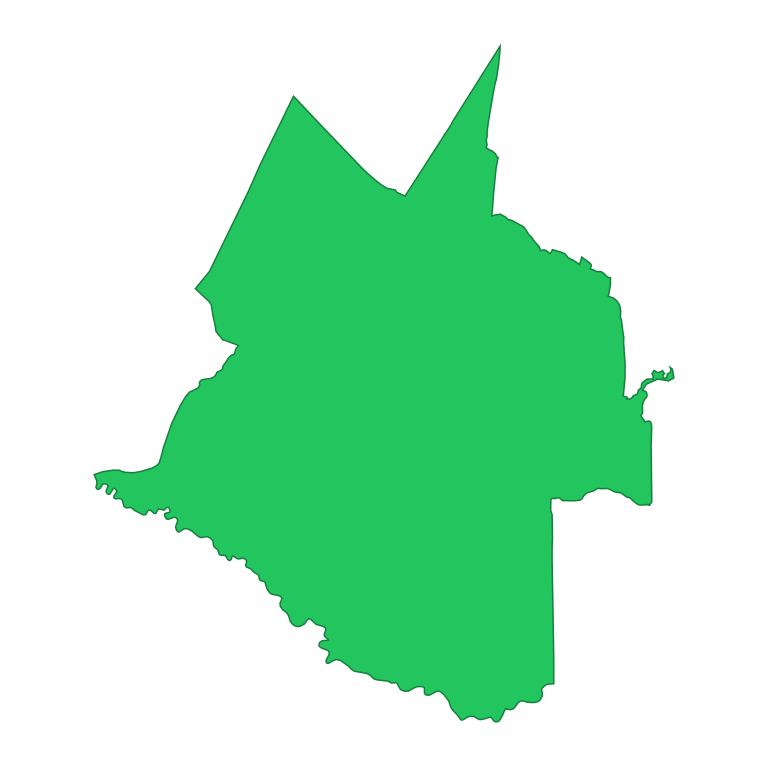 Milagro, Guayas, Ecuador (Albers equal-area conic projection)
{"feature_id": "8360857B82263990527647", "entity_name": "Milagro", "entity_type": "district", "adm_level": 2, "iso_a3": "ECU", "parent_name": "Ecuador", "parent_adm1": "Guayas", "projection": "albers", "projection_center": [-79.569, -2.106], "detail": "fine", "context": "isolated", "style": "filled", "palette": "green", "viewbox_px": 768, "rotation_deg": 0, "n_neighbors": 0, "source": "geoboundaries", "source_scale": "gbopen_adm2", "svg_char_len": 6117}
<svg xmlns="http://www.w3.org/2000/svg" viewBox="0 0 768 768"><path d="M298.7,101.7L293.5,96.3L260.0,165.0L248.4,191.4L209.5,271.4L195.3,288.7L208.6,301.1L210.3,303.1L211.3,305.0L213.0,315.7L215.4,326.7L216.0,331.5L222.9,340.0L225.3,340.5L238.4,345.4L237.5,347.1L236.5,347.8L235.4,350.3L234.7,353.0L233.9,354.3L231.4,355.2L228.4,358.0L226.5,361.3L223.4,365.4L222.7,366.8L222.6,368.6L222.0,369.6L220.3,370.8L217.3,371.9L215.5,375.2L214.2,376.8L211.9,378.0L209.8,378.6L203.4,379.4L201.3,380.0L199.6,382.0L199.5,385.6L198.3,387.6L194.8,389.7L189.5,392.1L185.8,396.4L180.5,405.1L171.8,423.2L163.5,447.5L160.8,457.9L159.0,463.3L156.6,465.6L152.0,468.1L141.1,471.4L133.1,472.8L125.2,472.3L121.0,471.2L119.8,470.3L113.9,470.1L102.7,471.7L95.4,474.2L94.1,474.7L96.6,480.4L97.0,483.8L96.0,486.6L96.3,488.1L96.9,489.0L98.7,489.3L100.5,488.0L102.4,484.3L104.8,483.8L107.1,484.5L108.0,485.9L106.2,490.6L106.2,491.9L107.2,493.7L108.8,494.4L109.8,494.1L113.3,488.7L114.1,488.3L114.9,488.5L116.5,490.4L116.8,491.4L116.4,492.6L113.9,496.0L113.9,497.8L114.3,498.3L115.6,498.8L119.1,498.5L121.4,499.1L122.4,500.5L123.8,505.9L125.1,507.4L126.8,507.9L130.3,507.5L131.9,508.0L134.1,510.2L143.3,514.9L145.4,514.7L146.7,513.1L147.6,510.9L148.9,510.0L150.5,510.2L154.0,513.3L155.3,513.6L156.2,512.8L157.7,509.9L158.7,509.1L159.9,509.1L163.9,510.1L164.5,509.9L166.4,507.7L167.6,507.3L168.5,507.5L169.3,508.6L170.0,511.3L169.9,511.8L169.0,512.5L166.1,513.1L165.0,513.6L164.6,515.0L164.9,516.5L166.2,518.6L167.2,519.3L168.8,519.2L173.6,517.4L175.1,517.3L176.4,518.0L177.3,519.3L177.6,521.1L175.8,526.2L175.7,527.5L176.4,529.9L177.7,531.7L179.0,532.0L184.2,528.8L187.3,528.7L191.7,530.9L197.5,535.8L199.9,537.3L201.2,537.6L206.3,536.7L207.6,536.8L209.6,537.7L212.5,540.2L213.1,541.5L213.2,543.7L213.9,546.5L215.1,547.8L217.8,549.8L219.3,554.4L220.3,555.1L225.0,555.4L226.1,556.6L227.6,559.3L229.1,560.5L230.2,560.3L231.4,559.1L232.1,556.2L232.4,556.0L233.6,556.1L236.6,558.4L238.3,559.0L243.4,558.1L245.6,559.5L246.4,560.4L246.7,561.9L245.7,564.7L245.7,565.5L246.4,567.0L251.1,569.0L252.1,570.5L253.7,572.1L258.2,574.8L258.9,575.6L259.1,578.4L259.9,580.0L260.3,580.5L264.2,581.5L265.0,582.3L267.2,589.3L269.8,592.9L272.0,594.2L279.2,595.8L281.3,597.0L281.7,598.2L281.6,599.5L280.0,603.2L280.3,606.3L282.9,610.0L286.0,612.1L287.3,613.5L288.7,616.0L290.2,621.1L291.9,623.5L293.4,625.0L295.8,626.2L296.9,626.3L298.5,626.5L300.6,626.1L304.4,624.0L307.8,619.3L309.2,618.8L310.5,619.2L316.0,624.3L323.2,626.4L325.3,627.8L325.8,629.5L324.3,634.4L324.3,635.4L324.9,636.7L328.2,639.4L328.3,640.0L326.9,640.4L323.1,640.6L321.6,641.1L319.9,642.2L319.3,643.3L319.0,645.5L319.3,646.4L321.0,647.7L328.1,650.6L328.6,651.1L329.0,652.0L329.1,654.5L326.3,659.9L326.1,661.8L326.7,663.0L328.1,663.4L329.3,663.0L332.3,661.0L336.0,659.7L338.1,659.8L340.5,660.5L348.4,666.1L351.0,668.9L353.7,670.8L355.4,671.4L366.7,673.4L369.7,675.0L374.5,679.2L377.4,679.9L388.3,681.2L390.8,682.8L391.8,683.0L396.1,682.6L397.1,683.5L400.3,689.2L401.3,690.0L404.2,691.1L408.2,691.2L413.7,688.1L416.7,686.8L420.3,686.5L422.9,686.9L424.1,687.5L424.5,689.2L424.4,693.2L425.3,694.4L426.3,695.0L427.8,695.2L429.8,695.0L437.0,691.1L438.3,691.0L440.7,691.9L443.5,694.1L447.9,699.8L449.1,701.9L450.7,706.8L452.0,709.3L458.0,715.7L460.1,719.0L461.5,720.1L463.4,719.7L467.0,717.3L468.7,716.7L470.6,716.2L472.8,716.2L473.7,716.4L478.7,719.3L480.2,719.6L483.4,719.2L490.2,717.1L491.4,717.7L493.5,720.6L494.6,721.5L495.7,721.9L498.2,721.6L500.2,719.5L502.6,715.1L505.3,708.9L510.3,709.7L512.8,709.0L514.2,708.0L518.2,702.5L520.2,701.3L521.4,701.0L523.6,701.0L526.4,702.0L531.0,702.5L534.6,702.5L537.4,701.8L539.0,700.9L540.5,699.4L542.2,696.2L542.4,694.6L541.6,689.6L542.1,688.2L544.7,685.7L547.1,684.3L553.8,683.7L553.7,655.0L552.1,560.3L552.1,547.4L552.5,538.8L552.1,514.5L550.8,511.0L550.7,509.6L550.9,499.1L552.0,498.5L555.3,498.5L558.5,497.6L559.1,497.7L562.5,500.6L574.7,500.8L580.0,500.1L581.7,499.2L583.8,495.9L585.6,493.9L587.2,492.8L594.3,490.7L596.8,488.7L598.6,488.4L601.5,488.7L608.0,488.5L614.9,492.0L621.3,493.0L626.5,497.0L629.6,497.6L633.1,500.9L636.7,503.7L639.0,504.9L640.2,505.1L645.0,504.9L645.7,504.4L648.8,505.2L649.0,504.6L649.6,505.1L651.8,501.9L651.1,446.0L651.7,427.6L651.3,423.7L650.4,421.7L648.7,421.0L644.8,421.8L644.1,420.3L640.8,415.8L642.6,413.2L642.4,406.2L643.1,402.6L644.4,399.7L646.4,397.4L647.0,396.1L647.0,394.4L646.5,392.4L645.5,391.4L642.5,390.3L646.3,384.2L657.9,379.0L668.5,380.9L673.9,377.9L672.4,369.2L670.2,367.4L670.7,369.3L670.5,371.9L670.3,372.5L668.1,373.4L667.3,374.3L666.7,377.6L666.4,378.0L663.5,378.0L663.0,377.4L663.1,374.9L664.6,373.7L663.3,372.3L662.7,370.7L658.7,372.5L656.3,372.1L654.9,370.8L653.8,370.6L653.0,372.4L652.0,373.6L653.1,375.9L653.1,379.1L647.2,379.0L644.8,380.7L642.3,382.8L641.8,383.6L641.0,388.1L638.3,390.2L637.9,392.8L637.0,394.2L633.2,395.8L632.4,397.5L630.0,399.0L627.0,399.3L626.8,399.0L627.5,397.9L626.7,397.0L624.3,396.4L623.0,395.7L623.5,393.8L625.0,378.2L625.1,363.4L623.9,348.5L624.3,348.3L623.9,347.4L623.6,342.7L623.8,337.0L623.2,334.3L621.3,319.2L620.4,317.5L620.7,310.8L619.9,306.2L618.7,303.5L616.8,300.9L614.1,298.4L608.2,296.1L609.1,292.8L610.5,284.4L610.5,277.7L608.7,277.6L606.4,276.1L603.7,273.3L601.1,271.6L596.7,271.6L593.3,269.9L590.3,268.9L591.2,266.0L591.1,264.4L589.9,263.1L581.8,257.1L579.6,264.4L572.2,259.6L570.1,258.9L568.0,257.5L565.3,254.1L564.5,253.5L560.5,252.1L552.5,249.6L551.1,252.4L550.0,253.6L546.1,250.5L544.1,249.8L540.5,250.5L539.3,246.9L533.7,240.6L531.7,237.3L528.3,234.1L527.6,232.5L524.3,227.6L522.9,226.4L511.0,220.1L508.1,219.6L505.4,217.0L500.4,214.2L494.7,215.0L491.6,216.0L492.4,210.1L493.4,195.6L496.1,167.9L498.1,157.6L497.2,157.3L495.4,153.7L491.9,150.9L488.9,149.6L486.2,147.7L487.1,144.5L486.2,140.9L487.2,135.9L487.1,131.7L488.4,121.8L493.4,92.2L495.4,82.1L496.2,80.1L498.6,64.9L500.0,50.1L500.1,46.1L452.2,122.2L451.7,123.8L445.3,133.6L444.1,134.7L443.9,135.8L405.0,196.1L396.6,192.2L395.4,190.0L387.0,188.3L381.7,185.1L375.1,180.0L367.3,173.1L362.4,168.5L320.6,124.9L298.9,101.9L299.4,101.5L298.7,101.7Z" fill="#22c55e" stroke="#15803d" stroke-width="1.5"/></svg>